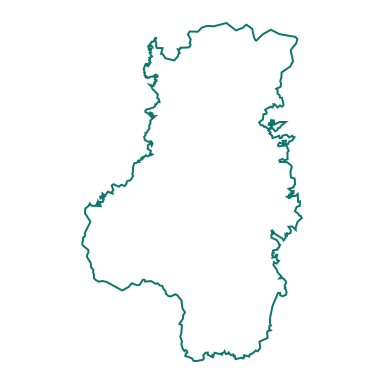 outline of Tarlisua, Bistrita-Nasaud, Romania
{"feature_id": "2599482B42096102689749", "entity_name": "Tarlisua", "entity_type": "district", "adm_level": 2, "iso_a3": "ROU", "parent_name": "Romania", "parent_adm1": "Bistrita-Nasaud", "projection": "albers", "projection_center": [24.155, 47.418], "detail": "fine", "context": "isolated", "style": "outline", "palette": "teal", "viewbox_px": 384, "rotation_deg": 0, "n_neighbors": 0, "source": "geoboundaries", "source_scale": "gbopen_adm2", "svg_char_len": 5951}
<svg xmlns="http://www.w3.org/2000/svg" viewBox="0 0 384 384"><path d="M249.2,356.6L249.6,354.7L252.4,353.5L255.8,350.5L257.8,351.3L260.2,347.9L259.5,341.6L267.6,337.9L267.1,332.6L267.8,331.1L270.6,330.3L269.3,329.3L269.3,326.0L270.9,325.4L270.1,323.8L269.9,318.8L272.5,306.1L278.0,293.0L280.0,292.8L280.2,295.3L282.5,296.2L285.8,295.0L286.6,292.3L285.8,289.4L284.8,288.5L285.5,287.4L284.5,286.0L286.2,282.5L285.3,280.5L282.8,278.1L279.6,278.4L281.4,276.4L277.6,272.4L277.0,270.1L273.4,264.8L274.0,262.1L276.6,263.6L278.9,260.8L277.1,260.1L276.5,257.6L277.2,254.8L275.9,254.8L275.1,257.2L272.4,257.6L273.0,255.5L272.2,255.1L272.5,252.8L273.7,252.8L273.0,250.5L277.7,249.5L277.5,248.4L279.2,247.4L279.3,245.3L280.0,245.1L276.6,240.0L271.5,237.7L271.4,234.7L273.1,233.8L272.1,233.0L271.6,230.7L272.4,230.5L275.1,234.0L282.1,238.3L283.5,240.4L285.7,237.6L285.4,234.3L287.0,235.4L287.1,233.3L288.0,233.9L290.5,233.0L290.9,230.2L288.6,226.8L292.2,226.4L295.7,229.9L295.7,227.4L297.6,221.7L301.8,218.0L300.9,216.1L299.2,215.5L298.4,213.8L294.9,211.1L296.7,206.8L299.7,206.0L300.0,201.4L298.1,201.8L297.7,194.0L295.6,195.9L292.4,196.1L289.1,198.2L287.0,196.7L289.2,196.0L289.1,194.8L292.3,195.0L291.0,193.5L291.9,193.3L291.3,192.6L291.7,191.8L293.5,192.9L293.6,190.9L291.1,190.9L288.7,188.8L293.6,187.4L293.6,185.9L295.1,184.5L294.6,178.5L290.9,177.4L290.4,171.8L291.8,167.0L291.2,165.5L287.0,162.1L279.9,162.0L279.3,160.3L282.5,159.0L284.5,160.3L287.6,159.2L287.4,152.3L288.7,150.9L286.3,145.3L279.5,146.3L278.1,145.9L278.2,144.3L279.6,142.6L284.7,144.8L284.9,143.8L283.3,143.3L282.7,140.9L285.9,140.6L285.5,143.5L286.6,144.5L288.1,144.0L288.9,141.9L292.3,140.3L294.4,137.2L292.9,136.9L292.3,135.8L289.2,137.4L286.6,134.7L282.4,135.7L281.8,137.8L279.7,138.0L279.3,135.8L272.5,138.1L272.1,135.6L269.5,133.7L270.7,132.6L268.4,130.6L272.0,127.7L275.2,131.2L277.0,130.3L278.4,127.9L279.7,127.8L281.2,125.6L285.8,122.0L279.6,122.0L274.9,124.3L274.4,122.7L273.3,124.1L273.9,120.5L271.1,120.1L271.0,120.9L272.5,121.2L272.4,122.2L268.9,123.3L268.6,124.7L271.0,125.2L271.8,123.8L272.8,125.1L268.6,129.4L265.3,126.5L264.2,127.0L263.2,125.5L260.7,125.1L259.1,122.3L262.9,119.4L263.4,114.3L266.3,113.8L266.7,112.2L265.0,109.9L265.4,109.5L270.8,106.6L272.3,107.4L273.8,105.4L273.4,104.3L274.6,104.2L277.6,107.4L280.0,105.5L281.7,106.6L282.7,106.1L283.6,104.4L282.0,97.9L279.8,97.5L279.7,95.4L277.6,93.7L277.5,89.9L276.3,88.8L280.7,86.7L281.0,83.4L280.2,81.2L281.4,77.3L281.6,72.4L290.3,66.5L293.0,61.0L290.8,51.0L291.4,49.1L296.3,43.2L297.3,38.7L295.2,36.9L279.5,34.1L270.9,29.8L263.0,34.1L256.3,40.6L255.4,40.3L254.0,37.2L252.2,28.8L246.4,24.7L242.6,27.9L235.9,30.4L226.4,23.0L213.9,26.3L207.0,25.9L201.9,27.6L197.8,31.7L189.7,31.5L187.9,34.4L190.7,39.3L189.7,43.5L190.6,44.5L189.9,46.6L188.7,47.4L180.4,47.8L179.9,49.2L177.8,49.3L179.7,53.1L178.5,53.6L178.0,56.2L174.2,60.4L165.5,58.3L162.6,54.0L161.1,53.8L162.5,48.1L157.0,48.0L156.1,46.3L156.2,42.8L155.2,40.2L156.1,38.1L155.3,37.9L153.3,41.8L151.8,41.7L148.8,45.7L151.5,45.5L152.2,46.8L150.7,46.2L148.4,46.8L149.0,49.9L149.6,50.1L149.5,48.7L151.4,48.9L150.1,51.7L150.8,52.3L149.6,52.9L152.1,56.5L149.3,57.7L150.2,59.0L148.4,60.8L149.6,60.3L150.5,62.6L149.1,63.0L149.5,64.1L148.3,66.2L146.1,65.2L147.3,64.7L147.1,64.0L145.7,64.0L143.6,69.2L144.4,70.9L144.1,72.4L145.0,72.9L144.5,75.1L146.0,76.1L145.3,78.1L146.3,76.8L148.1,78.3L146.7,76.5L148.6,77.9L150.7,76.7L155.4,76.6L156.1,76.1L154.3,75.5L155.6,74.5L157.6,75.8L157.5,76.8L155.6,77.0L154.8,79.2L156.5,80.0L156.5,81.1L154.9,81.5L154.3,82.9L155.3,82.7L155.1,83.4L154.0,84.0L153.6,85.9L149.8,84.8L151.8,86.9L152.2,88.7L157.8,94.4L157.3,98.1L158.9,99.2L159.5,102.2L157.9,102.1L156.2,104.4L155.2,104.4L155.4,105.8L153.1,107.8L146.7,109.4L145.5,110.3L145.3,111.9L148.3,113.6L151.8,117.3L151.9,115.6L148.8,113.7L149.8,112.7L150.2,114.3L151.9,112.2L151.6,113.7L152.9,114.4L152.3,116.4L155.2,116.1L150.3,120.6L150.5,123.1L149.1,125.6L149.4,128.4L146.2,133.2L145.5,133.1L145.5,135.0L144.1,137.0L144.9,139.9L148.1,141.8L151.2,141.3L152.5,143.4L151.7,145.6L150.5,143.2L148.1,145.2L147.5,148.7L150.9,150.9L150.1,153.2L152.4,154.4L150.9,155.3L149.9,154.5L148.7,156.1L147.3,156.3L145.7,155.3L143.0,158.3L142.9,157.1L141.4,158.0L140.6,160.2L138.1,160.7L137.9,161.5L138.8,162.1L134.2,163.3L133.0,167.7L132.9,172.3L132.2,173.8L133.1,176.0L130.7,180.0L126.8,181.4L126.5,183.5L124.8,186.0L121.2,184.8L118.8,186.7L113.5,184.2L111.7,185.5L113.4,190.3L112.1,191.4L112.5,193.6L107.9,191.6L105.0,195.6L102.5,193.5L102.5,194.5L104.2,195.9L102.8,195.8L103.8,197.7L103.2,197.9L102.8,196.7L100.2,196.6L100.5,198.3L102.2,197.0L102.8,197.8L102.3,198.5L103.7,199.5L102.6,202.1L99.9,201.9L99.7,203.7L98.5,201.9L98.6,203.3L97.5,202.4L97.1,203.1L97.7,204.2L100.2,204.5L100.7,206.2L96.6,205.8L96.5,204.6L94.9,206.0L91.1,205.5L89.9,203.5L88.3,206.2L85.3,208.5L84.9,213.0L90.4,221.7L84.8,233.1L85.0,235.8L83.0,238.1L83.0,240.5L82.2,242.7L82.6,245.3L88.3,249.9L88.5,252.1L87.2,254.7L87.0,256.9L90.8,263.2L91.1,267.3L93.4,270.0L93.1,272.3L94.0,274.9L94.0,278.4L96.4,280.4L98.8,281.7L102.4,281.0L106.5,281.9L122.3,290.5L128.7,286.9L131.8,283.2L137.2,285.3L139.8,284.7L142.7,279.8L144.6,279.8L145.1,281.6L151.1,281.1L155.5,283.8L157.5,283.3L159.7,285.4L162.4,286.0L163.2,288.4L165.5,291.3L165.9,293.7L168.5,296.1L170.7,296.4L175.3,294.3L177.3,295.2L181.5,300.6L182.5,308.6L185.0,312.3L183.0,315.7L182.9,318.7L179.4,323.9L181.9,325.1L181.4,333.1L180.2,336.5L182.0,341.5L181.3,344.0L182.8,349.0L184.4,351.1L185.3,350.1L186.6,350.5L187.3,352.6L185.9,353.6L185.3,356.0L191.7,358.1L193.6,360.9L196.8,361.0L202.8,359.8L204.0,358.3L203.2,355.4L205.7,352.7L207.8,352.6L207.7,354.7L212.9,357.4L213.4,356.4L212.6,355.0L213.8,354.8L214.7,352.8L221.8,354.5L221.5,353.4L224.0,352.6L224.6,351.3L226.0,354.0L227.9,353.7L228.6,352.5L230.8,355.1L233.3,354.5L233.6,356.3L234.8,355.9L235.5,359.1L241.8,357.7L243.1,358.5L244.3,357.1L243.8,355.5L244.3,355.2L249.2,356.6Z" fill="none" stroke="#0f766e" stroke-width="2"/></svg>